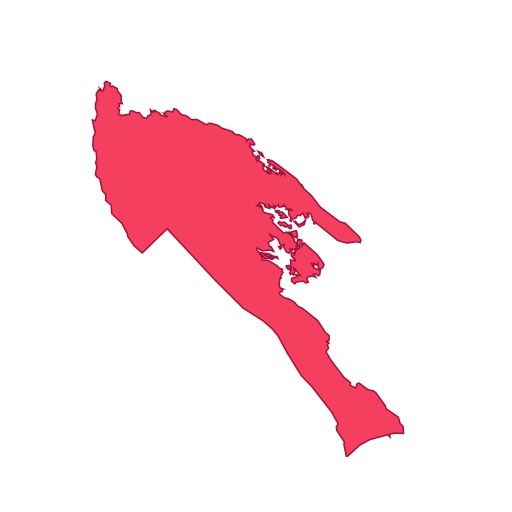 outline of Buton Utara, Sulawesi Tenggara, Indonesia, rotated 313°
{"feature_id": "22746128B51044624823813", "entity_name": "Buton Utara", "entity_type": "district", "adm_level": 2, "iso_a3": "IDN", "parent_name": "Indonesia", "parent_adm1": "Sulawesi Tenggara", "projection": "equal_earth", "projection_center": [123.089, -4.753], "detail": "fine", "context": "isolated", "style": "filled", "palette": "rose", "viewbox_px": 512, "rotation_deg": 313, "n_neighbors": 0, "source": "geoboundaries", "source_scale": "gbopen_adm2", "svg_char_len": 6126}
<svg xmlns="http://www.w3.org/2000/svg" viewBox="0 0 512 512"><g transform="rotate(313 256 256)"><path d="M226.9,484.9L231.6,479.8L232.0,475.3L235.2,470.1L233.0,455.0L234.6,453.1L237.8,436.7L237.3,433.6L234.6,429.2L233.3,417.8L231.5,417.0L227.3,418.8L225.7,413.1L227.8,411.7L227.3,402.9L230.9,381.9L233.4,373.4L234.0,372.3L238.1,372.0L239.8,368.5L242.1,368.8L241.5,365.7L244.0,367.1L247.6,364.0L247.5,358.6L250.9,345.1L249.4,326.0L247.8,320.6L248.4,315.3L246.8,308.4L244.7,305.4L244.2,299.0L246.3,297.9L247.9,299.5L249.3,297.8L250.4,298.6L249.2,295.3L250.4,292.8L255.8,288.9L256.8,289.7L257.7,288.0L262.5,286.9L262.5,285.6L264.4,284.6L262.9,280.9L263.3,278.5L261.1,268.0L257.2,263.0L259.2,262.1L261.2,251.6L262.6,251.2L264.0,257.0L269.7,262.0L271.5,265.9L273.1,260.6L272.4,259.1L274.2,255.6L280.2,257.6L281.4,250.4L281.4,253.8L283.6,259.8L280.3,267.6L284.3,269.1L281.7,269.2L279.6,275.6L280.8,278.4L284.7,278.5L284.4,276.4L287.7,280.1L290.9,280.3L290.6,278.8L293.2,276.9L292.8,273.7L294.2,273.0L295.0,266.2L294.1,261.8L291.6,260.8L291.9,245.1L294.1,243.7L293.5,240.6L294.9,240.7L296.4,243.2L297.5,240.1L293.4,232.4L294.0,229.4L295.0,229.1L295.0,226.2L293.0,221.0L294.9,223.7L295.5,227.8L296.5,225.8L296.0,222.6L297.1,222.0L299.2,225.3L299.8,228.2L298.8,227.6L298.1,229.2L300.1,233.8L301.4,233.0L301.5,230.7L302.3,230.2L301.9,233.4L303.6,237.2L305.8,236.9L304.6,235.8L304.8,233.6L305.0,235.9L308.0,238.0L309.1,236.8L307.4,239.4L309.6,241.5L312.2,241.4L312.3,242.8L311.9,241.6L311.2,242.4L312.3,243.6L312.0,245.3L310.5,246.0L313.6,248.8L313.9,251.1L311.4,248.6L308.1,252.8L308.5,254.8L305.0,256.8L305.4,258.2L307.1,257.4L311.5,259.4L313.8,258.5L315.7,260.7L319.4,261.4L317.3,265.7L318.3,265.2L318.5,267.2L320.9,267.7L322.1,266.3L321.6,264.1L321.7,263.8L324.2,266.2L323.7,268.8L320.9,272.7L323.1,305.3L327.5,313.7L335.0,319.8L336.8,323.1L339.2,321.9L340.5,318.1L340.8,298.9L338.1,293.9L335.6,269.7L338.0,255.4L337.8,245.3L339.2,241.5L339.2,239.5L338.3,241.8L340.0,233.3L337.6,209.7L336.6,202.3L335.4,202.2L335.6,200.0L334.0,198.7L333.8,200.4L332.4,200.9L334.2,208.9L333.5,211.2L332.3,210.7L332.0,211.9L335.1,212.8L335.6,220.2L334.9,221.4L334.9,219.2L332.4,219.2L334.3,217.7L333.9,215.7L332.4,217.0L331.1,214.9L330.9,216.4L330.0,216.0L329.4,207.4L327.8,209.6L326.5,210.6L325.1,209.6L324.2,202.1L326.4,201.1L327.4,197.9L327.9,200.7L328.7,199.6L327.8,192.8L325.9,192.2L327.1,189.8L329.4,192.3L331.2,190.5L330.7,189.0L329.2,189.4L327.8,185.3L330.0,181.8L331.5,183.2L331.6,175.7L332.0,177.3L334.0,174.9L335.1,178.4L337.0,178.9L338.5,172.9L336.4,170.9L333.7,171.1L335.0,169.5L334.1,164.5L333.2,161.0L330.5,157.5L331.0,154.0L326.1,143.6L325.7,139.2L321.7,131.6L318.1,130.0L315.5,119.5L311.6,115.8L311.1,109.6L308.5,105.0L309.0,98.2L307.9,95.6L304.3,96.8L301.8,92.3L298.9,91.4L297.9,92.3L297.2,91.2L297.3,96.6L293.8,89.8L294.8,88.5L293.3,82.5L292.3,83.5L291.9,81.8L291.0,82.3L290.9,79.1L288.1,82.7L284.7,81.4L282.2,82.2L280.3,79.1L281.2,72.6L279.5,71.2L277.5,66.0L276.0,65.2L273.6,66.8L266.7,61.5L266.4,58.6L270.0,56.5L269.5,54.6L272.6,54.1L274.0,51.8L276.2,54.4L277.3,51.8L281.3,48.1L282.5,41.9L283.9,40.2L282.5,35.2L281.3,34.8L281.2,32.7L283.0,31.9L281.5,27.2L279.0,27.1L277.2,29.4L272.1,31.6L272.0,27.1L270.6,29.3L269.8,27.5L265.4,28.7L261.6,33.3L257.9,34.7L254.7,37.7L251.7,43.2L245.4,46.1L243.9,43.5L236.1,54.8L232.3,55.6L225.1,61.7L222.7,65.7L223.3,67.9L218.8,72.9L214.7,75.3L212.9,78.7L206.3,82.7L205.3,85.3L206.0,89.0L198.9,99.1L198.4,104.3L194.1,108.2L194.4,115.6L188.6,121.4L188.4,135.8L184.4,147.0L182.9,148.5L180.3,159.8L180.6,170.7L215.3,172.5L210.5,241.9L209.1,282.0L213.4,305.6L213.8,317.7L212.6,326.6L206.4,345.0L199.4,370.8L198.6,385.5L193.5,417.5L189.3,430.6L185.8,431.2L183.4,434.3L180.3,447.4L178.0,449.0L171.2,458.5L171.9,459.5L188.7,460.9L199.4,464.5L215.0,474.2L215.0,477.4L216.7,475.3L220.3,477.6L226.9,484.9ZM284.1,281.6L282.2,280.0L280.3,281.6L279.7,285.7L280.4,285.7L279.4,288.3L279.2,288.6L279.5,287.0L277.7,286.2L276.7,283.9L269.5,291.4L266.5,292.1L266.0,293.9L267.9,294.4L267.6,296.5L271.0,295.2L273.4,290.7L271.8,301.7L270.8,299.6L269.0,300.2L263.9,297.3L261.9,299.1L262.0,303.3L264.5,303.3L269.7,307.6L270.6,311.4L272.6,312.0L274.0,308.4L275.5,308.2L279.6,310.5L281.1,314.1L281.7,310.3L283.4,311.6L283.9,315.1L285.9,315.3L289.4,312.8L286.7,306.3L288.6,300.9L288.5,304.8L290.1,303.3L290.6,306.6L293.0,306.2L290.0,309.6L289.7,311.9L293.0,312.9L296.3,311.5L298.7,300.3L298.4,282.1L293.9,282.9L292.6,281.0L291.0,282.6L288.1,280.8L287.3,282.3L287.7,280.9L286.8,280.5L285.5,282.4L284.2,280.9L284.0,282.9L283.2,283.5L282.7,283.4L284.1,281.6ZM297.1,249.6L295.2,249.6L295.2,253.8L296.5,254.4L297.1,257.6L298.6,258.2L299.2,262.5L300.6,263.0L302.5,260.3L300.5,259.1L300.1,253.6L297.6,251.5L297.1,249.6ZM303.0,241.0L302.4,239.1L301.7,240.3L302.7,244.3L301.6,245.0L303.3,247.2L300.8,247.3L300.4,248.5L305.6,252.5L306.1,245.3L304.0,242.9L304.9,241.9L303.8,240.4L303.0,241.0ZM301.9,268.0L296.8,265.0L295.8,269.7L296.5,272.4L298.3,273.3L301.7,269.0L301.9,268.0ZM310.8,267.4L307.7,265.3L308.3,261.1L307.3,260.2L306.6,267.7L312.0,269.8L315.8,267.8L310.8,267.4ZM298.9,278.6L296.8,275.0L296.5,276.6L295.6,275.7L291.4,279.2L296.2,281.3L298.9,278.6ZM263.3,263.9L262.5,261.3L263.1,259.4L261.2,256.4L260.0,263.8L261.7,265.7L263.3,263.9ZM267.5,268.2L266.4,263.9L263.2,259.6L263.5,264.5L267.5,268.2ZM329.3,205.7L328.3,202.0L327.6,205.7L325.5,205.9L325.0,208.3L327.3,209.8L329.3,205.7ZM269.5,290.4L271.6,286.4L269.4,284.8L268.4,285.9L268.2,289.0L269.5,290.4ZM333.7,193.9L335.3,189.9L333.9,186.2L333.0,189.7L333.7,193.9ZM264.4,266.1L263.0,266.6L264.2,270.2L266.8,270.6L266.8,268.3L264.9,268.0L264.4,266.1ZM278.4,266.1L277.5,269.1L279.5,269.1L279.6,267.4L278.4,266.1ZM269.1,273.8L269.8,271.9L268.6,270.0L268.1,270.9L269.1,273.8ZM296.1,264.1L294.9,262.9L295.7,265.5L296.1,264.1ZM332.2,210.2L332.8,208.9L332.5,208.2L331.6,208.7L332.2,210.2ZM260.3,259.1L261.0,256.2L260.9,255.5L260.3,256.9L260.3,259.1ZM332.1,204.0L330.8,203.9L331.2,205.0L332.1,204.0ZM269.7,299.2L270.0,298.0L269.4,297.5L269.1,298.4L269.7,299.2ZM320.2,274.8L319.2,276.2L319.6,277.7L319.8,275.8L320.2,274.8Z" fill="#f43f5e" stroke="#9f1239" stroke-width="1.5"/></g></svg>